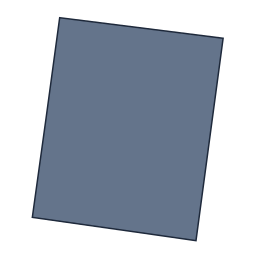 Hale, Texas, United States of America, rotated 188°
{"feature_id": "52423323B58430787795097", "entity_name": "Hale", "entity_type": "district", "adm_level": 2, "iso_a3": "USA", "parent_name": "United States of America", "parent_adm1": "Texas", "projection": "equal_earth", "projection_center": [-101.851, 34.069], "detail": "fine", "context": "isolated", "style": "filled", "palette": "slate", "viewbox_px": 256, "rotation_deg": 188, "n_neighbors": 0, "source": "geoboundaries", "source_scale": "gbopen_adm2", "svg_char_len": 247}
<svg xmlns="http://www.w3.org/2000/svg" viewBox="0 0 256 256"><g transform="rotate(188 128 128)"><path d="M45.0,25.9L46.3,230.1L211.0,227.7L210.5,125.7L210.3,26.2L74.1,26.0L45.0,25.9Z" fill="#64748b" stroke="#1e293b" stroke-width="1.5"/></g></svg>